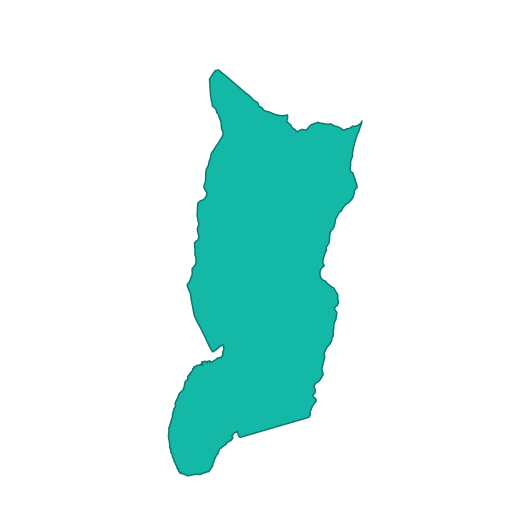 Fuquene, Cundinamarca, Colombia (Mercator projection), rotated 161°
{"feature_id": "7082276B76797712336992", "entity_name": "Fuquene", "entity_type": "district", "adm_level": 2, "iso_a3": "COL", "parent_name": "Colombia", "parent_adm1": "Cundinamarca", "projection": "mercator", "projection_center": [-73.763, 5.409], "detail": "fine", "context": "isolated", "style": "filled", "palette": "teal", "viewbox_px": 512, "rotation_deg": 161, "n_neighbors": 0, "source": "geoboundaries", "source_scale": "gbopen_adm2", "svg_char_len": 6054}
<svg xmlns="http://www.w3.org/2000/svg" viewBox="0 0 512 512"><g transform="rotate(161 256 256)"><path d="M330.2,89.7L258.6,86.3L256.2,88.4L256.0,90.6L255.8,91.0L254.5,92.2L252.5,94.7L251.4,95.8L249.3,97.4L247.1,98.7L246.3,99.5L246.0,100.6L245.9,101.6L247.4,103.7L247.7,104.7L247.6,105.4L247.4,105.9L246.6,106.5L244.9,107.2L243.7,109.5L243.5,114.1L242.9,115.0L241.8,115.7L240.9,116.2L238.1,116.9L236.3,117.7L234.8,118.8L231.3,122.0L230.9,122.7L230.7,127.4L229.9,128.9L228.4,131.1L224.1,137.7L223.5,139.3L223.4,141.5L223.0,142.2L221.5,143.5L220.0,145.4L217.5,147.3L214.8,148.7L213.6,149.9L212.6,150.5L210.5,154.2L209.2,155.1L208.1,157.4L207.3,160.2L205.8,162.6L205.0,165.4L203.4,167.7L201.5,169.6L200.3,171.5L198.3,175.5L198.0,176.6L198.8,179.1L199.0,180.2L198.8,181.0L197.1,182.2L195.7,182.7L194.8,183.3L194.0,184.1L193.1,185.5L192.5,189.5L191.9,191.0L191.4,193.2L191.6,194.8L192.3,196.6L192.4,198.0L192.7,199.3L193.1,200.7L194.7,202.4L196.7,205.4L197.6,207.0L198.6,209.7L200.1,211.0L201.1,212.3L201.8,215.0L201.7,216.4L201.2,219.0L200.4,220.5L199.3,221.9L197.9,223.2L197.1,223.7L195.3,224.2L194.8,224.6L194.6,225.0L195.1,227.0L194.9,228.2L194.1,230.1L192.8,232.1L189.6,236.6L187.7,238.1L187.3,238.8L187.2,240.6L186.8,241.2L182.6,244.8L181.1,247.5L179.9,251.2L179.1,252.1L178.4,253.6L177.3,254.9L174.1,257.0L172.4,258.7L170.7,261.2L169.4,263.9L168.3,265.5L165.2,268.1L163.2,270.2L160.8,270.8L157.4,273.8L154.3,275.6L150.8,276.4L147.6,278.1L146.0,279.2L144.4,280.8L143.7,281.8L142.6,283.5L141.9,285.2L141.3,286.2L138.1,287.9L137.4,291.0L137.5,293.1L137.4,303.2L138.2,303.8L138.7,304.8L139.0,305.9L138.9,306.8L136.7,311.9L135.8,314.4L134.2,316.7L132.2,318.9L131.1,322.2L128.4,327.2L127.1,328.8L125.2,331.9L123.1,334.7L121.6,336.5L120.8,337.9L118.2,340.3L116.9,342.2L113.1,347.0L111.6,349.5L112.4,348.4L113.4,347.6L114.7,346.9L116.0,346.6L119.5,346.2L121.1,346.7L122.4,347.4L124.9,346.5L126.4,346.2L128.3,346.7L131.2,346.4L131.9,346.6L132.8,347.1L134.7,349.8L135.5,350.3L136.0,351.0L137.0,351.7L137.5,352.3L138.9,352.9L139.4,353.3L141.9,356.1L142.6,356.7L145.6,357.3L149.7,359.6L152.3,360.7L153.6,362.2L160.3,362.2L161.5,362.0L163.5,361.1L165.4,359.6L166.3,359.4L167.2,358.7L167.8,358.8L170.0,360.1L171.7,360.8L175.0,360.4L176.4,359.8L177.6,361.6L178.1,363.3L178.9,363.7L179.4,364.3L180.2,366.2L180.5,368.4L182.9,372.8L182.8,374.0L181.4,376.0L180.7,377.5L180.4,379.1L183.5,379.6L186.1,380.2L190.4,382.6L193.2,384.7L197.1,388.3L198.5,389.0L200.3,390.2L200.7,390.8L201.4,391.9L202.3,394.8L203.5,395.5L204.3,396.5L204.5,397.1L204.3,399.9L204.7,400.8L207.2,403.6L210.3,410.1L212.5,413.2L224.4,433.5L230.9,444.1L234.5,444.5L236.8,442.7L240.8,439.7L242.4,438.3L246.0,425.1L246.6,423.1L247.0,420.0L247.6,417.7L247.8,414.7L248.4,411.9L246.6,409.2L246.1,407.4L246.4,404.2L245.7,402.9L245.5,402.1L245.7,398.8L245.4,395.7L245.8,392.7L247.0,388.3L247.1,386.8L246.9,385.7L246.9,384.1L247.2,382.4L247.5,381.7L249.2,379.8L255.3,374.7L258.1,372.8L261.6,369.8L264.7,367.8L267.7,362.7L269.4,360.9L271.6,357.0L274.2,354.8L274.8,354.1L275.3,353.2L276.8,350.0L279.2,343.6L282.7,338.6L282.9,337.5L282.8,336.4L282.0,332.5L282.0,331.6L283.0,329.5L283.6,328.8L286.2,326.8L287.7,326.3L290.2,326.3L291.1,326.1L293.4,325.2L294.1,324.4L298.1,314.4L298.7,312.4L299.4,308.6L299.5,305.6L299.8,304.6L302.6,300.8L302.9,300.0L303.1,299.1L303.5,294.5L303.9,292.5L304.6,291.4L305.6,290.2L306.3,289.8L307.9,289.5L308.7,289.1L309.7,288.4L310.0,287.9L310.6,286.2L311.6,281.7L313.2,277.5L313.3,276.7L313.4,273.6L313.7,272.5L315.1,268.9L315.8,268.0L317.9,266.3L320.1,265.0L320.5,264.7L321.0,263.7L321.8,260.5L322.5,259.2L326.5,254.2L327.6,253.0L329.6,252.0L330.2,251.4L330.6,250.5L330.7,248.1L330.2,241.3L331.3,236.9L332.7,226.7L333.6,221.1L333.7,219.3L332.9,212.0L331.9,206.4L330.4,194.7L329.6,186.7L328.4,179.9L328.1,179.6L327.1,179.5L323.7,180.5L319.4,182.3L317.5,182.7L316.2,182.7L316.1,182.2L316.2,180.6L316.6,178.8L317.0,178.0L317.6,177.1L318.8,175.8L319.3,174.5L319.3,173.6L319.6,173.2L320.5,172.8L320.7,172.2L321.4,171.7L323.0,171.7L325.5,172.1L325.7,171.9L326.4,171.7L327.2,171.1L328.2,171.1L329.2,170.6L332.8,170.2L334.0,170.4L333.7,171.5L334.1,172.1L334.7,171.7L335.5,172.0L336.2,172.1L336.9,171.1L337.5,171.4L337.9,172.8L338.8,173.1L340.4,173.2L340.8,173.5L341.5,173.6L341.7,173.3L341.8,172.9L341.5,170.9L341.8,170.4L342.6,170.7L343.2,171.6L343.7,171.8L343.9,171.6L344.0,170.9L346.6,171.7L348.2,171.8L348.7,171.3L349.5,171.1L351.1,171.2L351.1,170.5L351.4,170.1L351.8,169.9L352.5,169.9L353.1,168.5L356.7,166.5L357.0,166.2L356.7,165.6L356.7,165.3L358.2,165.4L360.1,163.9L360.4,162.0L360.8,161.6L361.4,161.5L362.8,160.8L364.1,159.9L365.0,158.7L366.1,156.3L368.0,153.8L368.9,153.0L372.7,151.2L374.3,149.8L376.8,146.8L379.2,144.5L380.8,142.3L380.5,141.5L380.6,140.9L380.8,140.4L381.3,139.9L383.1,138.4L386.5,133.4L387.2,131.3L388.9,129.2L392.3,124.3L393.1,122.8L394.2,122.3L395.4,118.6L397.5,114.1L398.5,107.9L399.1,105.5L400.0,103.1L399.9,101.9L399.4,101.6L399.5,101.0L399.6,100.6L400.1,100.1L400.0,98.8L400.4,98.1L400.3,96.9L399.8,95.6L399.8,94.8L400.4,93.0L400.0,90.5L400.2,88.0L399.6,86.5L399.9,85.4L399.9,85.0L399.3,83.6L399.7,82.6L399.5,82.0L399.7,81.0L399.6,80.6L399.1,80.7L398.8,80.1L398.8,79.8L399.1,79.5L398.9,78.5L399.3,77.4L398.9,76.8L398.7,76.8L398.5,76.5L398.5,75.7L398.4,75.3L398.1,75.1L397.0,75.2L397.0,74.6L396.6,74.1L396.0,73.6L394.7,73.0L393.1,71.1L391.6,70.3L385.0,69.4L382.8,68.8L380.5,67.8L379.0,67.5L377.5,68.0L376.5,67.6L375.7,68.0L375.1,68.1L374.6,68.0L374.4,67.7L373.8,67.6L372.6,67.9L371.3,67.5L370.6,67.7L368.3,69.2L367.6,70.1L366.0,71.1L365.3,71.8L364.8,72.9L364.3,73.7L361.9,76.4L361.3,77.4L358.0,80.7L356.8,81.2L356.4,81.6L356.2,82.1L355.2,82.8L354.9,83.5L353.0,85.7L352.1,85.9L351.1,85.8L349.6,86.6L347.4,87.3L345.9,87.4L344.3,88.9L343.6,89.3L342.3,89.3L341.7,89.6L340.1,89.6L339.5,89.9L339.1,90.5L338.4,90.6L337.3,91.3L337.0,92.3L337.3,92.8L337.3,93.5L336.8,93.9L335.4,95.1L334.6,95.5L333.3,95.9L331.4,95.9L331.0,96.2L330.7,95.8L331.0,94.9L330.8,93.1L331.0,92.0L330.8,91.3L330.2,90.2L330.2,89.7Z" fill="#14b8a6" stroke="#0f766e" stroke-width="1.5"/></g></svg>